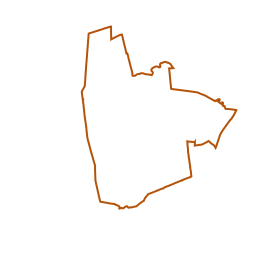 Crevedia, Dâmbovita, Romania, rotated 123°
{"feature_id": "2599482B81123677964988", "entity_name": "Crevedia", "entity_type": "district", "adm_level": 2, "iso_a3": "ROU", "parent_name": "Romania", "parent_adm1": "Dâmbovita", "projection": "mercator", "projection_center": [25.909, 44.603], "detail": "fine", "context": "isolated", "style": "outline", "palette": "amber", "viewbox_px": 256, "rotation_deg": 123, "n_neighbors": 0, "source": "geoboundaries", "source_scale": "gbopen_adm2", "svg_char_len": 5064}
<svg xmlns="http://www.w3.org/2000/svg" viewBox="0 0 256 256"><g transform="rotate(123 128 128)"><path d="M204.8,111.1L204.7,110.5L204.0,109.0L202.9,106.4L202.3,105.3L202.1,104.7L202.1,104.2L201.3,102.6L200.7,101.2L200.0,99.8L199.3,98.2L199.1,98.0L199.2,97.6L199.2,97.2L199.2,96.8L199.0,96.5L198.9,96.4L198.5,93.1L198.5,92.5L200.3,91.4L200.0,91.0L199.3,90.8L198.6,90.0L198.4,88.9L197.6,88.1L196.6,87.8L195.2,87.2L194.2,86.4L194.1,85.9L194.5,85.0L194.6,84.2L194.3,83.8L193.3,82.9L193.0,82.4L192.6,81.7L192.0,81.1L190.4,79.7L189.1,78.3L184.0,76.7L180.8,75.4L180.5,75.1L178.9,75.3L177.6,75.6L172.5,75.0L171.7,74.5L170.0,73.2L160.1,66.3L159.6,65.6L159.5,65.4L158.5,65.3L157.0,64.4L153.2,61.6L150.1,59.5L147.8,58.0L146.4,57.0L144.7,55.8L143.0,54.7L142.2,54.1L142.3,53.9L140.9,53.3L138.5,51.5L135.5,49.3L135.5,49.2L135.4,49.2L135.1,49.0L134.9,48.9L134.6,48.7L134.4,48.6L134.1,48.5L133.9,48.5L133.7,48.7L133.5,48.9L132.9,49.5L132.4,49.9L132.2,50.1L131.9,50.3L131.7,50.4L131.5,50.6L131.3,50.8L130.6,51.3L130.2,51.7L129.5,52.2L128.7,53.0L127.9,53.8L127.7,53.9L127.6,54.0L127.4,54.2L127.3,54.4L126.5,54.8L126.4,54.9L126.2,55.1L126.0,55.3L125.7,55.5L124.9,56.3L124.6,56.5L124.4,56.7L124.2,56.9L124.0,57.1L123.9,57.3L123.4,57.6L123.2,57.8L122.7,58.1L122.6,58.3L122.4,58.4L122.2,58.6L122.0,58.8L121.6,59.2L120.9,59.7L120.6,59.9L120.5,60.1L120.4,60.3L120.3,60.5L120.1,60.6L119.8,60.8L119.7,60.9L119.4,61.0L119.2,61.2L119.1,61.4L118.9,61.6L118.7,61.7L118.5,61.8L117.1,63.0L116.6,63.5L115.6,64.4L115.2,64.6L115.0,64.9L114.9,65.0L114.5,65.3L113.7,65.7L112.8,66.4L112.1,67.0L111.3,67.7L110.7,68.1L110.1,68.7L109.2,69.3L108.5,69.7L108.3,70.0L108.0,70.2L107.3,70.7L106.9,71.0L106.7,70.3L105.4,68.0L105.3,67.7L105.1,67.3L104.7,66.7L104.5,66.4L104.3,65.9L104.2,65.6L103.6,64.5L103.5,64.3L103.3,64.3L106.4,62.4L106.0,62.0L102.0,57.4L101.7,57.1L100.2,56.1L98.9,55.4L96.4,53.9L95.1,53.5L95.1,53.2L95.1,52.5L95.1,51.9L95.5,51.2L95.6,49.6L95.7,46.3L96.5,44.7L96.7,44.3L97.0,43.7L95.2,44.0L90.5,45.3L86.0,46.4L83.2,47.2L82.8,47.1L82.3,47.1L81.2,47.2L80.9,47.3L80.7,47.3L78.1,47.3L69.9,46.9L68.1,46.8L65.6,46.6L64.4,46.4L63.7,46.2L63.4,46.3L63.1,46.2L62.2,46.3L61.5,46.4L61.2,46.4L61.0,46.2L59.6,46.3L58.3,46.4L57.4,46.5L56.9,46.6L54.0,46.8L53.9,46.9L56.4,52.2L56.8,52.9L57.3,54.0L57.9,54.9L58.4,56.0L58.7,56.4L58.6,56.5L58.7,56.8L58.5,57.1L58.3,57.5L57.9,57.9L57.7,58.4L57.2,58.6L57.1,58.8L57.2,59.5L57.3,60.0L57.5,60.2L57.7,60.3L57.6,60.5L57.3,60.7L57.1,60.9L56.8,61.1L56.7,61.3L56.7,61.5L56.8,61.8L56.9,62.0L56.7,62.1L56.3,61.8L55.8,61.7L55.4,61.8L55.1,62.1L55.1,62.4L55.1,62.6L55.3,63.0L55.5,63.2L55.7,63.3L56.4,63.3L56.7,63.4L56.9,63.5L57.0,63.7L57.0,64.4L56.9,65.0L56.6,65.5L56.6,65.8L56.6,66.2L56.8,66.4L56.8,66.6L56.7,66.8L56.4,66.8L56.0,66.7L55.3,66.4L55.1,66.3L54.4,66.4L54.2,66.5L54.1,66.8L54.1,67.0L54.3,67.4L54.7,68.0L55.1,68.2L55.9,68.5L57.2,68.7L57.5,68.9L57.5,69.3L57.4,69.6L57.5,69.7L58.1,69.9L58.1,70.0L58.3,73.8L58.6,77.7L58.7,78.2L58.7,78.6L58.6,79.5L58.7,80.1L58.8,81.0L59.0,81.9L59.0,82.0L59.1,82.4L59.1,82.6L59.3,83.5L59.4,83.8L59.7,85.4L59.9,86.1L59.9,86.4L60.0,87.1L60.1,87.5L60.1,87.8L60.1,88.0L60.4,89.3L63.8,96.6L66.0,101.2L67.3,104.0L67.6,104.4L67.7,104.6L68.7,106.9L69.3,108.0L70.6,110.8L71.6,112.8L71.6,113.0L71.5,113.3L71.4,113.5L70.0,114.5L68.4,115.8L67.0,116.9L59.8,122.6L59.6,122.7L58.7,123.5L57.5,124.5L55.9,125.7L55.7,126.0L55.3,125.6L54.2,123.9L53.1,122.6L53.0,122.9L52.9,123.5L51.9,125.7L51.5,126.6L51.3,127.1L51.2,127.6L51.2,128.3L51.3,129.8L51.6,130.2L51.8,130.5L51.8,130.8L51.8,131.4L51.8,131.7L51.9,132.1L52.0,132.3L52.8,133.4L53.1,133.7L53.6,133.9L54.2,134.4L54.6,134.6L54.7,134.8L55.0,135.2L55.1,135.3L55.5,135.6L55.8,135.7L56.1,135.8L56.3,135.9L56.7,135.9L57.2,135.8L57.6,135.6L57.9,135.1L58.1,134.8L58.3,134.7L58.6,134.7L58.8,134.4L59.2,134.2L59.3,134.2L59.7,134.4L59.9,134.5L60.1,134.8L60.3,135.3L60.3,135.5L60.2,135.8L60.3,136.4L60.6,137.1L61.1,138.0L61.4,138.3L61.5,138.3L62.9,139.3L65.3,140.3L66.7,140.0L67.4,139.2L67.5,138.1L67.9,137.4L68.8,137.0L70.6,136.8L70.8,136.9L71.0,137.4L71.3,138.4L71.6,139.4L72.8,141.5L73.4,142.9L74.0,145.4L74.7,146.3L75.1,147.1L76.5,147.8L77.3,149.0L78.2,149.7L80.5,150.7L81.6,152.3L81.7,152.6L81.6,152.8L80.9,153.2L79.2,154.7L78.7,155.2L77.5,156.5L77.1,156.9L76.3,157.8L75.4,158.9L74.8,159.5L72.0,162.5L71.5,163.0L71.4,163.2L68.8,166.0L68.4,166.3L67.2,167.6L65.8,169.2L66.4,169.8L53.8,183.1L53.1,183.8L52.9,184.1L54.8,185.7L54.9,185.8L61.7,189.8L61.9,189.8L62.1,190.0L62.4,190.2L62.8,190.4L61.1,191.5L59.9,192.3L58.7,193.2L56.7,194.5L54.6,195.9L53.6,196.5L53.2,196.8L53.0,197.0L52.8,197.1L52.7,197.2L52.3,197.4L52.3,197.5L52.2,197.6L52.3,197.8L55.2,200.1L56.0,200.8L56.3,201.1L56.6,201.3L56.8,201.5L58.8,203.1L59.2,203.4L61.3,205.1L70.2,212.4L70.6,212.2L94.8,199.0L99.8,196.3L112.9,189.0L116.4,187.1L122.7,186.6L126.9,183.1L127.4,182.7L127.9,181.9L128.0,182.1L131.7,178.9L133.1,177.7L135.3,176.0L136.1,175.3L141.3,171.1L150.7,162.9L153.2,161.0L158.7,156.4L168.0,146.1L177.7,134.9L179.5,133.9L181.5,132.5L189.8,126.7L200.6,115.7L204.7,111.4L204.8,111.1Z" fill="none" stroke="#b45309" stroke-width="2"/></g></svg>